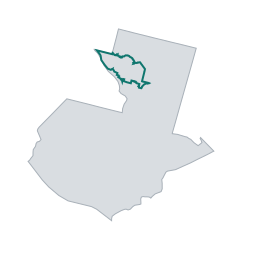 La Libertad, Petén, Guatemala shown in context, rotated 14°
{"feature_id": "79465075B31281143780542", "entity_name": "La Libertad", "entity_type": "district", "adm_level": 2, "iso_a3": "GTM", "parent_name": "Guatemala", "parent_adm1": "Petén", "projection": "orthographic", "projection_center": [-90.603, 16.998], "detail": "fine", "context": "in_parent", "style": "outline", "palette": "teal", "viewbox_px": 256, "rotation_deg": 14, "n_neighbors": 0, "source": "geoboundaries", "source_scale": "gbopen_adm2", "svg_char_len": 4884}
<svg xmlns="http://www.w3.org/2000/svg" viewBox="0 0 256 256"><g transform="rotate(14 128 128)"><path d="M39.1,184.5L40.2,183.3L41.2,180.6L42.5,177.8L41.7,174.5L41.3,171.9L42.7,168.1L42.6,165.3L43.3,163.5L45.3,162.4L46.4,160.2L40.7,152.6L40.7,150.9L41.5,148.8L46.2,140.8L51.8,131.3L57.9,120.8L61.6,114.5L75.0,114.5L83.9,114.5L95.1,114.6L107.3,114.6L115.3,114.6L118.7,114.5L118.1,110.4L118.5,105.8L120.0,101.7L120.0,99.8L117.6,97.6L113.0,96.3L110.4,94.3L110.4,91.8L109.3,88.8L107.0,85.3L102.4,81.6L95.3,77.9L89.4,72.9L84.4,66.6L80.3,62.6L77.1,60.9L76.3,60.0L85.7,60.1L94.6,60.2L94.7,51.2L94.8,43.2L94.8,34.2L110.9,34.3L130.1,34.3L150.1,34.2L165.7,34.1L174.9,34.1L174.6,45.3L174.2,58.2L173.9,67.7L173.5,80.4L173.1,93.4L172.6,111.1L172.2,122.5L172.4,122.8L177.7,122.2L185.5,122.6L187.4,122.5L189.8,123.5L191.6,123.8L195.6,126.3L200.3,128.2L203.3,124.3L201.7,121.9L200.5,120.7L200.7,119.7L216.9,129.7L215.0,131.3L211.0,134.9L203.5,141.2L196.9,146.9L190.5,151.9L184.7,156.5L184.0,157.0L176.7,160.3L175.4,161.8L173.9,168.2L173.2,169.8L174.5,173.3L175.9,178.8L175.5,181.7L170.4,185.3L168.1,188.5L167.1,190.5L166.1,190.0L164.5,189.9L160.9,190.7L159.1,190.9L157.7,191.8L157.5,193.8L158.5,197.0L158.9,198.6L157.8,199.4L153.3,201.3L151.6,203.2L149.9,206.2L147.9,207.5L145.8,207.2L144.4,207.7L141.3,209.9L136.6,214.2L134.0,217.4L134.0,219.8L134.5,221.9L117.3,214.4L111.6,213.1L87.5,213.2L77.2,210.2L65.4,204.4L57.5,199.2L39.1,184.5Z" fill="#d9dde1" stroke="#a8b0b8" stroke-width="1"/><path d="M130.2,66.7L129.4,66.0L128.8,65.5L128.6,65.3L128.3,65.1L127.9,64.8L127.7,64.6L126.5,63.6L126.1,63.2L125.7,63.0L125.5,62.8L125.1,62.5L124.5,61.9L123.7,61.3L123.2,61.5L122.9,61.6L122.6,61.7L122.4,61.9L122.3,62.0L122.1,62.1L121.9,62.1L121.6,62.1L121.5,62.3L121.3,62.4L121.2,62.6L120.8,62.7L120.6,62.8L120.2,62.9L120.1,63.0L119.9,63.0L119.6,63.0L119.4,62.9L119.2,62.9L119.0,63.1L118.9,63.1L118.7,63.2L118.6,63.3L118.5,63.7L118.4,63.9L118.4,64.0L118.2,64.1L118.3,63.9L118.2,63.8L117.8,63.8L117.6,63.8L117.4,63.8L117.2,63.6L117.3,63.4L117.5,63.3L117.8,63.3L118.0,63.3L118.1,63.2L118.2,62.9L118.0,62.7L118.1,62.3L118.1,62.2L118.0,61.9L117.7,61.6L117.4,61.2L117.2,61.1L117.0,60.9L116.9,60.7L116.7,60.6L116.4,60.5L116.4,60.4L116.1,60.2L115.9,60.1L115.8,59.9L115.7,59.8L115.7,59.7L115.4,59.6L115.3,59.4L115.2,59.2L114.9,59.2L114.7,59.1L114.4,59.0L114.3,58.9L114.2,58.8L113.8,58.7L113.4,58.7L113.2,58.6L112.9,58.6L112.6,58.5L112.5,58.4L112.3,58.4L112.2,58.3L111.9,58.1L111.8,57.9L111.7,57.9L111.2,57.8L110.9,57.7L110.6,57.7L110.4,57.7L110.3,57.8L110.2,57.8L110.2,57.7L109.7,57.7L109.4,57.8L109.1,57.9L108.9,58.0L108.6,58.0L108.4,58.1L108.1,58.1L107.9,58.3L107.5,58.7L107.3,58.9L107.2,59.0L107.1,59.3L106.9,59.5L106.7,59.6L106.4,59.7L106.1,59.7L105.4,59.8L105.3,60.0L105.1,60.1L105.1,60.4L105.1,60.8L104.9,60.8L104.9,61.0L104.7,61.1L104.4,61.3L104.3,61.2L104.2,61.2L104.1,61.3L103.7,61.3L103.6,61.2L103.4,61.1L103.2,61.1L103.1,60.7L102.9,60.8L102.6,61.1L102.4,61.0L102.4,60.9L102.3,60.7L102.1,60.7L101.7,60.3L101.6,60.2L101.4,60.1L101.2,60.2L101.0,60.3L100.8,60.3L100.6,60.3L100.4,60.3L100.4,60.2L100.5,60.2L100.3,60.0L100.3,59.9L100.2,59.6L99.9,59.5L99.9,59.4L99.8,59.5L99.7,59.7L99.4,59.7L99.3,59.8L99.2,59.8L99.1,59.6L98.9,59.9L98.8,60.0L98.7,60.2L98.3,60.2L98.2,60.2L98.2,60.4L98.1,60.5L97.9,60.5L97.6,60.4L97.4,60.4L97.2,60.2L96.9,60.2L96.7,60.0L96.6,59.9L96.4,59.9L96.2,59.8L95.9,59.7L95.7,59.5L95.6,59.8L95.4,59.8L95.4,59.7L95.2,59.5L95.2,59.3L95.1,59.1L94.9,59.0L94.9,60.2L86.4,60.2L79.1,60.2L83.1,63.5L83.8,64.2L85.7,68.6L90.1,72.4L94.0,75.3L97.2,75.7L97.3,75.6L97.5,75.5L97.5,75.4L97.8,75.3L98.0,75.2L98.1,74.9L98.2,74.7L98.3,74.7L98.5,74.6L98.7,74.4L98.7,74.5L98.8,74.5L99.3,74.7L99.8,75.1L100.2,75.5L100.6,76.0L101.1,76.6L104.4,77.2L104.3,79.2L106.1,79.2L106.5,79.8L106.8,79.9L106.3,80.8L106.2,80.8L106.2,81.0L108.4,81.7L109.4,82.2L109.3,82.6L109.6,82.8L109.8,82.9L109.9,82.6L110.0,82.4L110.2,82.6L110.2,82.8L110.7,83.5L110.8,83.6L111.2,84.3L111.2,82.3L111.3,82.3L111.3,81.9L111.7,81.9L111.7,81.6L112.5,81.6L112.4,82.9L112.4,83.5L115.9,83.9L119.9,83.9L119.9,81.1L121.7,81.1L121.6,81.3L123.4,81.6L123.4,81.2L123.6,81.2L123.5,81.4L123.8,81.4L123.8,81.2L124.1,81.3L124.1,81.5L124.6,81.6L124.5,81.9L124.9,82.2L125.6,82.2L125.8,82.3L125.9,82.5L126.0,82.5L127.7,82.5L128.4,82.6L128.4,83.3L128.2,83.3L128.2,84.1L128.0,85.0L128.7,85.0L128.9,86.2L131.3,86.2L131.5,85.8L131.6,85.5L131.6,84.5L131.7,84.4L131.7,84.2L131.8,84.1L132.1,83.6L132.3,83.2L132.8,82.3L132.9,82.1L133.1,81.9L133.5,81.5L134.2,80.9L134.5,80.6L134.9,80.4L135.1,80.4L135.3,80.3L135.5,80.2L136.2,80.2L136.3,80.2L136.5,80.1L136.6,79.9L136.8,79.8L136.9,79.7L137.0,79.6L137.3,79.5L137.6,79.5L137.7,79.4L137.2,79.3L136.8,79.3L136.3,79.3L136.2,79.3L133.5,79.3L132.4,79.3L131.5,79.4L131.2,79.3L130.6,79.4L130.3,79.3L130.3,71.8L130.3,71.7L130.3,69.6L130.3,69.4L130.2,69.2L130.3,68.9L130.2,66.7Z" fill="none" stroke="#0f766e" stroke-width="2"/></g></svg>